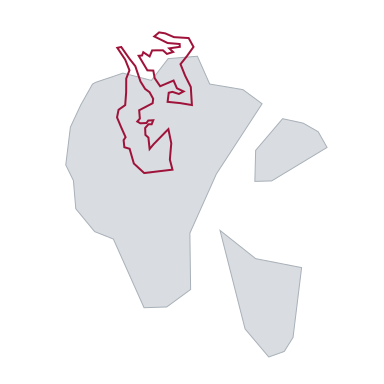 Tai Po on a map of Hong Kong S.A.R. (Natural Earth projection), rotated 277°
{"feature_id": "HKG-5169", "entity_name": "Tai Po", "entity_type": "state/province", "adm_level": 1, "iso_a3": "HKG", "parent_name": "Hong Kong S.A.R.", "parent_adm1": "", "projection": "natural_earth1", "projection_center": [114.263, 22.454], "detail": "fine", "context": "in_parent", "style": "outline", "palette": "rose", "viewbox_px": 384, "rotation_deg": 277, "n_neighbors": 0, "source": "natural_earth", "source_scale": "10m", "svg_char_len": 1668}
<svg xmlns="http://www.w3.org/2000/svg" viewBox="0 0 384 384"><g transform="rotate(277 192 192)"><path d="M140.8,100.3L142.4,98.5L161.2,78.7L188.9,72.9L203.5,63.4L241.6,63.4L264.9,71.0L287.0,80.1L289.1,83.0L301.6,109.0L297.8,138.1L321.5,152.1L327.4,180.8L301.3,196.4L299.8,230.1L288.1,250.8L212.9,214.0L150.9,194.9L95.1,202.5L74.8,180.9L71.3,158.5L135.7,119.7L140.8,100.3ZM130.3,310.0L60.0,310.0L45.0,303.0L37.6,288.3L62.5,261.4L157.3,224.5L133.6,263.3L130.3,310.0ZM267.2,309.9L252.7,320.6L212.7,269.7L210.2,253.1L241.1,250.1L275.8,273.0L273.9,293.9L267.2,309.9Z" fill="#d9dde1" stroke="#a8b0b8" stroke-width="1"/><path d="M326.0,100.3L327.3,104.1L316.4,113.9L310.0,120.4L303.1,123.7L295.4,127.4L288.6,132.9L285.9,137.7L279.8,142.1L275.3,142.1L266.7,129.6L258.5,131.3L255.3,129.1L253.9,132.4L254.9,138.3L257.6,139.9L258.5,144.8L254.3,143.7L253.9,140.5L249.8,137.7L243.0,138.8L240.7,142.1L229.5,144.7L234.8,148.1L241.2,153.0L248.6,158.6L251.5,160.9L237.8,165.5L231.4,165.7L221.4,166.1L211.8,169.9L205.0,142.2L213.2,130.8L227.3,124.8L228.2,119.4L235.1,117.8L238.3,119.4L248.3,113.4L256.9,108.5L264.7,109.1L270.1,115.1L282.9,114.5L296.6,112.9L305.2,115.1L315.2,109.6L326.0,100.3ZM278.5,156.8L287.7,156.8L289.0,160.4L287.7,167.0L290.8,171.4L293.1,164.4L300.4,160.1L293.1,147.5L300.4,141.1L307.8,138.8L307.3,132.9L320.7,122.5L321.4,125.8L324.8,126.6L321.4,133.4L327.7,135.2L329.1,145.9L326.0,150.3L328.7,156.2L331.8,151.9L334.6,162.2L337.4,161.7L336.9,149.6L341.8,135.6L346.4,139.9L346.2,146.0L343.5,155.2L344.4,169.9L336.2,175.8L326.2,170.4L317.5,165.0L306.6,171.0L296.1,178.0L278.3,181.3L278.8,169.3L278.5,156.8Z" fill="none" stroke="#9f1239" stroke-width="2"/></g></svg>